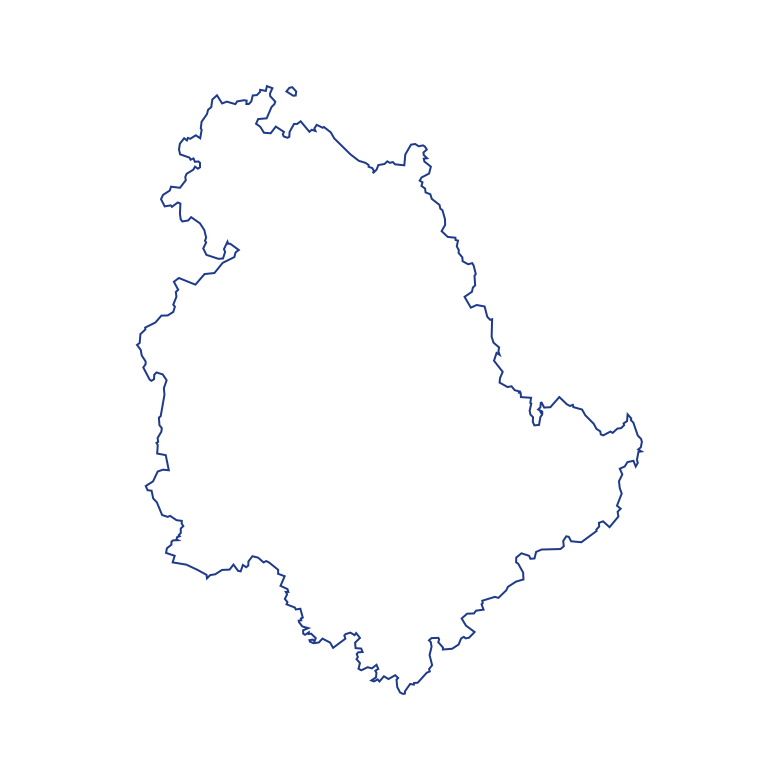 outline of Umbria, Perugia, Italy, rotated 353°
{"feature_id": "23120603B26790412086965", "entity_name": "Umbria", "entity_type": "district", "adm_level": 2, "iso_a3": "ITA", "parent_name": "Italy", "parent_adm1": "Perugia", "projection": "orthographic", "projection_center": [12.541, 42.991], "detail": "fine", "context": "isolated", "style": "outline", "palette": "blue", "viewbox_px": 768, "rotation_deg": 353, "n_neighbors": 0, "source": "geoboundaries", "source_scale": "gbopen_adm2", "svg_char_len": 6133}
<svg xmlns="http://www.w3.org/2000/svg" viewBox="0 0 768 768"><g transform="rotate(353 384 384)"><path d="M257.5,85.8L253.4,77.1L248.3,80.7L246.3,88.1L242.8,90.4L241.2,94.5L234.9,101.5L233.3,108.0L234.0,109.5L231.5,117.7L227.5,114.2L221.6,117.0L219.3,115.9L218.1,118.2L215.6,115.7L210.7,120.6L209.1,126.2L209.6,131.2L218.5,135.6L219.3,137.8L222.4,136.9L223.4,140.4L226.9,140.5L228.3,142.0L227.8,146.5L225.5,147.6L222.9,145.2L220.8,148.1L213.7,151.3L212.0,154.3L212.1,157.6L205.4,164.4L196.7,162.2L194.9,165.9L187.7,169.4L185.2,173.4L188.0,181.0L194.1,180.7L195.1,182.3L201.4,178.7L203.9,180.1L202.2,190.4L202.3,195.8L203.7,198.1L209.6,197.8L212.9,194.9L220.9,202.1L224.4,209.3L225.3,217.0L223.8,220.0L224.7,221.9L221.1,227.4L223.5,234.2L235.0,239.6L239.5,239.8L242.4,233.6L241.6,230.6L246.0,223.7L246.4,225.8L248.5,226.1L256.2,233.3L252.7,235.3L250.9,239.8L238.6,244.1L229.2,253.2L219.3,253.0L208.9,262.4L193.3,253.8L187.9,256.9L191.2,265.4L188.6,267.3L188.6,272.1L184.5,279.6L185.9,281.7L183.6,286.8L177.7,289.6L171.4,289.0L164.6,295.1L153.8,298.9L153.8,300.8L148.3,304.8L146.5,313.5L143.6,315.1L146.7,320.5L147.0,326.1L150.1,332.5L149.9,335.1L147.1,338.3L151.9,351.0L153.6,352.5L156.3,351.2L157.1,346.8L159.6,344.8L165.5,347.5L168.7,353.8L165.0,361.3L164.8,367.9L158.4,388.8L156.5,389.9L156.1,397.5L158.1,400.8L157.2,404.2L152.7,410.0L152.8,413.9L151.0,414.7L152.0,416.9L150.4,425.4L158.7,428.0L159.9,443.4L154.2,442.1L148.7,443.3L142.9,452.5L135.1,456.2L136.4,460.6L140.3,461.6L141.0,469.5L144.1,473.7L147.8,487.0L153.1,489.5L155.6,488.8L161.5,493.9L166.6,495.2L166.2,497.9L167.5,500.6L164.6,502.7L164.2,507.0L161.9,509.0L162.7,510.2L160.0,510.8L159.1,512.9L160.5,513.9L155.5,513.5L153.8,514.7L153.4,517.6L148.5,520.6L147.1,525.1L155.3,529.0L152.5,535.3L165.8,539.2L176.3,545.8L184.6,551.8L184.6,555.3L188.2,552.5L193.3,552.3L200.6,548.8L208.1,549.4L212.6,544.9L216.4,551.7L218.9,552.5L221.9,546.4L224.9,549.1L227.2,547.6L227.8,543.6L232.4,538.9L237.9,541.0L242.7,546.4L245.5,545.4L248.1,547.1L256.3,555.5L255.8,559.5L262.0,562.7L256.7,571.7L263.2,575.8L263.7,578.7L261.2,578.4L262.2,580.9L259.4,585.3L261.6,588.7L260.4,590.8L268.3,595.0L268.9,597.0L273.6,596.9L274.9,606.0L272.9,606.6L273.1,608.5L270.5,608.5L270.6,610.0L273.4,614.7L279.1,617.1L273.7,618.6L273.4,622.0L275.1,623.3L279.1,621.3L278.8,623.0L281.2,622.9L285.3,627.9L283.7,630.9L282.1,629.0L278.8,629.2L279.1,630.7L282.5,632.7L287.8,632.6L291.9,629.2L299.0,634.1L301.3,639.7L314.6,632.1L314.0,628.7L315.5,627.5L320.4,626.7L324.2,629.7L326.0,627.8L329.2,633.1L323.8,637.2L323.6,642.7L329.1,643.8L330.1,647.4L325.6,647.2L324.0,648.8L324.8,651.8L323.2,653.8L326.1,658.1L324.0,663.5L326.6,665.4L333.3,663.1L337.3,664.8L342.3,661.8L343.6,666.1L340.4,667.6L341.3,669.7L340.3,674.2L335.3,676.7L337.8,678.0L341.7,676.4L343.2,678.7L348.3,674.1L352.5,677.4L359.6,674.4L362.2,677.5L360.4,679.0L360.2,686.4L362.4,692.2L365.1,693.9L366.9,693.9L367.5,691.4L373.4,684.9L377.0,686.0L377.4,684.4L381.1,684.6L391.2,675.8L394.4,674.9L394.0,672.4L397.5,669.0L396.2,658.6L399.2,650.5L399.0,645.9L397.4,643.9L400.2,642.0L407.0,642.6L407.6,644.2L406.4,646.9L410.4,652.7L410.1,654.7L419.3,655.1L426.3,651.7L429.5,646.0L432.4,644.7L434.0,646.4L437.5,646.2L443.7,641.2L435.9,633.8L432.5,626.2L438.5,622.1L445.3,622.7L447.7,620.2L455.3,620.1L454.0,614.5L455.3,613.5L455.1,611.1L468.0,608.8L471.5,610.2L480.2,603.7L482.3,600.4L491.0,596.2L498.6,595.0L499.1,588.1L495.3,578.7L493.4,577.1L494.1,572.4L499.8,568.8L507.1,572.2L508.0,575.3L512.1,575.5L514.5,569.2L520.2,567.5L539.1,569.3L542.7,566.9L542.7,561.7L546.3,557.4L548.8,558.2L550.5,562.9L560.6,565.1L577.1,555.8L577.0,554.4L580.2,551.7L580.4,548.0L584.7,547.0L590.4,553.6L600.5,544.1L600.3,539.3L603.7,536.6L600.4,533.2L606.6,521.7L605.3,516.1L605.4,509.1L609.5,502.8L607.7,496.8L612.9,495.2L616.1,491.2L622.2,490.6L623.8,496.6L626.3,493.2L625.8,490.0L628.3,482.4L631.3,482.3L628.3,480.0L631.2,478.1L632.9,472.9L632.5,469.9L629.6,466.1L626.8,452.8L624.6,449.8L625.2,448.3L622.1,443.8L620.7,450.5L617.0,452.3L617.3,454.2L613.9,456.7L610.2,456.7L605.0,460.4L603.0,458.8L595.3,461.7L593.0,460.4L592.9,457.4L589.3,454.3L587.3,449.0L580.0,439.6L577.5,433.5L569.1,430.0L568.9,427.7L566.0,428.5L563.1,426.5L556.4,418.3L546.3,427.3L540.1,426.9L538.2,421.7L537.3,421.8L536.4,426.2L533.9,428.1L537.7,430.6L537.6,431.8L536.2,431.3L537.2,433.8L535.2,435.8L532.9,443.5L528.2,443.4L527.1,439.7L527.9,435.2L525.6,432.1L525.3,428.2L527.8,421.4L526.9,420.6L528.3,415.6L518.3,413.7L518.6,409.7L517.0,409.1L517.9,408.0L513.0,406.1L510.3,401.8L506.3,402.1L498.9,396.7L499.9,392.2L503.3,386.4L496.0,374.3L499.5,366.9L502.3,369.1L501.5,365.8L502.7,361.7L497.7,356.3L496.6,350.1L499.2,332.9L497.3,333.3L494.7,329.9L493.3,319.3L485.6,316.9L479.5,318.8L474.6,307.3L482.5,303.2L484.0,299.1L486.5,297.2L487.0,287.7L488.5,286.0L487.4,277.3L486.3,274.8L482.1,275.4L477.0,271.7L477.2,267.9L474.0,262.9L474.6,260.3L473.0,256.3L474.9,250.7L472.6,249.8L472.7,247.5L465.2,245.8L459.8,239.3L464.1,233.5L464.6,227.8L463.2,218.6L461.3,216.9L460.9,213.0L454.0,206.1L453.1,201.3L448.6,198.9L448.6,195.0L445.3,192.0L446.8,188.5L444.2,186.5L446.4,183.6L454.4,180.6L457.0,174.0L451.2,168.1L450.9,165.2L454.3,165.2L451.3,161.5L451.4,159.0L455.0,156.5L453.6,153.4L451.8,151.9L447.5,152.3L444.2,149.6L440.0,149.7L433.1,158.8L430.8,169.4L421.7,167.3L419.8,164.8L416.8,165.2L414.4,163.4L411.3,165.7L405.1,166.0L402.7,170.4L398.7,173.4L399.9,171.1L398.7,168.3L395.2,166.5L395.4,164.8L392.7,162.3L386.2,159.4L378.6,151.9L364.5,134.1L361.9,127.8L355.7,121.6L354.4,122.2L348.8,118.6L346.0,121.9L346.8,124.5L343.2,122.9L340.7,124.6L333.3,113.1L329.5,115.3L326.4,114.9L321.0,122.3L320.1,127.2L318.1,127.8L314.6,126.0L314.0,123.9L315.4,121.6L308.0,115.3L302.1,121.3L295.5,120.0L292.5,113.6L288.7,110.1L291.4,105.7L299.9,106.0L306.1,95.4L309.3,92.9L310.5,90.5L306.1,84.4L306.3,81.7L309.3,76.8L304.1,74.1L302.4,78.7L297.0,76.9L296.5,79.0L293.0,81.8L288.9,81.6L286.7,87.4L284.0,89.6L281.5,89.3L282.2,86.0L279.8,85.3L272.7,85.6L270.6,88.1L262.4,84.6L257.5,85.8ZM329.1,78.2L326.2,78.5L322.8,81.7L329.0,86.8L331.5,86.9L332.5,83.0L329.1,78.2Z" fill="none" stroke="#1e3a8a" stroke-width="2"/></g></svg>